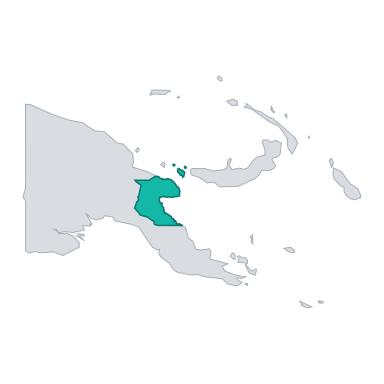 where Morobe sits in Papua New Guinea
{"feature_id": "PNG-1253", "entity_name": "Morobe", "entity_type": "Province", "adm_level": 1, "iso_a3": "PNG", "parent_name": "Papua New Guinea", "parent_adm1": "", "projection": "mercator", "projection_center": [147.281, -6.648], "detail": "fine", "context": "in_parent", "style": "filled", "palette": "teal", "viewbox_px": 384, "rotation_deg": 0, "n_neighbors": 0, "source": "natural_earth", "source_scale": "10m", "svg_char_len": 8026}
<svg xmlns="http://www.w3.org/2000/svg" viewBox="0 0 384 384"><path d="M25.6,250.8L25.6,200.7L23.0,197.0L25.6,188.1L25.5,104.2L30.3,104.6L53.2,114.8L68.8,120.1L82.3,122.6L94.8,131.0L104.0,131.5L117.6,143.2L123.2,144.0L132.8,153.9L133.4,161.8L132.3,166.9L147.1,171.7L161.2,178.5L168.9,179.2L173.1,181.6L178.4,187.4L179.4,195.2L176.3,196.6L163.1,196.6L159.4,199.1L164.7,211.4L176.7,222.6L185.7,227.8L188.3,238.0L192.9,241.2L195.9,249.2L200.5,250.1L209.6,248.8L211.1,252.2L209.8,257.3L211.1,259.4L227.8,263.7L222.2,266.4L224.8,271.1L235.7,275.1L242.5,276.6L246.6,276.1L241.8,278.5L237.6,277.8L236.8,278.5L238.5,280.5L242.1,282.6L238.4,285.3L234.8,285.7L228.0,283.9L222.1,278.8L203.8,276.6L197.5,274.3L192.5,275.1L177.6,272.4L172.8,268.8L169.6,263.4L160.8,256.9L158.8,253.7L159.6,249.4L157.2,250.1L152.2,247.0L138.8,227.2L132.0,224.4L115.1,221.0L112.6,217.1L104.7,215.7L102.9,218.2L96.5,220.0L91.0,218.1L85.6,213.2L92.0,224.2L89.7,224.1L90.8,225.8L89.6,226.1L82.5,225.5L84.6,230.0L73.0,232.5L64.4,231.6L60.2,232.7L58.5,232.6L56.3,229.2L53.1,229.9L55.8,229.9L59.1,233.8L66.4,233.2L73.4,236.2L79.3,242.7L79.1,247.2L63.0,255.5L53.6,251.9L40.0,252.9L35.2,251.5L29.1,253.1L25.6,250.8ZM268.3,140.3L271.6,142.5L275.0,140.1L281.4,143.0L280.2,153.8L278.1,156.8L272.7,157.9L272.0,159.5L275.6,165.9L274.1,168.1L269.4,170.5L261.5,170.3L259.4,174.6L255.1,178.5L238.2,186.3L219.8,186.9L213.8,182.1L207.4,183.0L198.9,177.3L191.8,175.0L190.4,172.9L190.5,170.1L192.5,168.4L205.2,168.7L213.2,171.0L223.8,169.6L226.8,167.9L227.9,161.0L229.6,158.1L231.4,159.4L229.2,164.8L231.7,169.6L239.2,168.2L244.0,169.3L247.7,167.9L253.1,160.4L257.3,156.9L265.0,155.2L264.9,149.7L262.2,142.1L263.3,139.9L268.3,140.3ZM361.0,195.8L360.0,198.3L359.5,197.5L355.6,199.8L351.2,199.0L347.2,196.6L344.2,192.2L344.0,187.3L339.8,185.1L334.1,178.8L333.0,174.6L333.5,167.8L341.6,171.8L350.0,183.6L357.9,188.9L361.0,195.8ZM297.7,143.3L292.3,154.1L288.9,149.7L287.6,146.6L287.3,138.3L278.6,126.0L269.7,121.9L251.5,109.1L244.3,107.1L246.1,106.5L246.1,103.4L255.0,110.1L260.6,111.7L268.0,116.8L273.1,118.6L295.1,137.8L297.7,143.3ZM152.7,90.0L169.9,90.4L170.2,91.9L168.0,92.0L165.1,94.6L154.8,93.9L150.3,95.2L150.0,93.4L151.6,92.8L151.4,90.9L152.7,90.0ZM239.4,255.9L242.6,257.8L245.2,257.6L247.3,259.7L247.6,263.2L246.5,264.0L245.7,262.9L237.4,262.2L239.0,260.2L237.4,256.2L239.4,255.9ZM237.4,105.4L231.3,105.3L226.7,101.2L232.7,99.2L237.2,101.1L237.4,105.4ZM251.8,271.2L255.7,269.0L256.6,269.8L255.1,275.2L249.1,272.9L245.0,264.2L251.8,271.2ZM283.9,248.3L290.5,247.3L293.7,249.7L294.6,250.5L294.0,252.8L288.5,251.8L283.9,248.3ZM299.3,300.9L311.8,306.9L307.1,307.9L303.2,306.3L302.7,304.8L301.2,305.3L302.0,304.3L299.3,300.9ZM183.4,176.4L177.9,171.9L178.2,168.9L184.0,171.6L183.4,176.4ZM235.3,259.3L233.7,259.4L230.1,256.3L232.3,252.8L234.8,254.1L235.3,259.3ZM331.6,167.6L329.2,160.3L331.3,158.2L333.4,162.7L331.6,167.6ZM164.4,167.5L160.6,164.7L163.4,162.1L165.1,163.5L164.4,167.5ZM222.3,80.5L220.2,81.1L217.4,78.7L218.2,76.1L221.4,77.8L222.3,80.5ZM139.2,149.8L137.0,152.4L135.4,150.4L138.0,147.5L139.2,149.8ZM252.6,234.9L252.8,243.7L251.0,241.9L251.8,238.3L250.1,237.3L252.6,234.9ZM80.8,237.2L84.5,240.8L75.5,235.0L80.8,237.2ZM84.0,236.3L79.1,234.9L78.1,233.8L83.9,234.3L84.0,236.3ZM323.4,301.8L323.1,303.0L319.9,303.3L317.7,301.5L319.8,301.9L319.4,300.6L323.4,301.8ZM286.7,113.9L286.8,117.9L284.5,115.1L286.7,113.9ZM274.6,111.8L273.6,112.8L271.3,110.1L271.8,109.5L274.6,111.8ZM247.7,283.6L247.4,285.4L245.2,284.5L245.5,283.4L247.7,283.6ZM272.6,108.7L270.9,109.2L271.2,106.4L272.6,108.7ZM179.1,96.1L179.3,98.1L176.9,97.6L179.1,96.1ZM309.6,136.3L309.3,138.1L308.0,137.5L309.6,136.3Z" fill="#d9dde1" stroke="#a8b0b8" stroke-width="1"/><path d="M155.8,176.2L155.9,176.6L156.2,176.7L156.6,176.6L157.0,176.5L157.5,176.4L157.9,176.5L158.3,176.6L158.6,176.6L158.9,176.8L159.1,177.1L159.3,177.5L159.4,177.9L160.6,178.6L160.8,178.7L161.0,178.7L161.2,178.8L161.4,178.9L161.6,178.9L161.9,178.6L162.1,178.6L162.3,178.7L162.5,178.9L162.8,179.4L163.0,179.6L163.4,179.4L165.5,179.6L165.9,179.6L166.2,179.4L166.4,179.1L166.6,178.9L166.9,178.8L167.1,178.8L167.7,179.1L167.8,179.1L168.0,178.9L168.4,178.9L169.5,179.3L170.5,179.5L170.9,179.6L171.2,179.9L171.4,180.2L171.5,180.2L171.8,180.3L171.9,180.5L172.0,180.7L172.0,180.8L172.2,181.0L172.8,181.2L174.4,182.7L175.0,183.8L175.2,184.0L175.5,184.3L175.8,184.8L175.9,185.4L176.2,185.7L176.7,186.5L178.4,187.3L178.9,187.9L179.0,188.2L179.0,188.4L178.9,188.6L178.9,188.8L179.1,189.1L179.3,189.4L179.5,189.6L179.6,190.2L179.8,190.8L179.9,191.1L179.8,191.3L179.7,191.4L179.6,191.6L179.7,191.9L179.5,192.2L179.5,192.5L179.6,192.9L179.7,193.4L179.6,193.5L179.3,193.7L179.2,193.8L179.3,194.0L179.5,194.2L179.6,195.9L177.8,196.5L173.9,196.7L173.7,196.8L173.3,197.2L173.1,197.3L172.8,197.3L172.6,197.2L172.4,197.1L172.1,197.2L171.7,197.3L170.2,196.8L169.7,196.9L168.8,197.1L168.3,197.2L164.8,197.0L164.5,197.0L164.4,196.8L164.2,196.6L163.7,196.4L163.4,196.3L162.3,196.4L162.0,196.5L161.4,196.9L161.1,197.0L160.3,197.0L159.9,197.0L159.6,197.2L159.6,197.7L159.2,198.6L159.1,199.2L159.2,200.2L159.3,201.3L159.5,201.8L160.2,202.7L160.7,203.2L160.9,203.5L161.0,203.6L161.3,203.6L161.5,203.6L161.8,203.3L162.1,203.2L162.0,203.5L161.9,203.7L161.8,203.9L161.7,204.1L161.8,204.4L162.0,204.7L162.1,205.0L162.0,205.3L161.9,205.9L161.9,206.1L162.0,206.2L163.1,207.1L163.4,207.3L163.6,207.7L163.7,208.1L163.6,209.2L163.7,209.5L163.9,209.8L163.7,210.0L163.7,210.4L163.9,210.8L164.0,211.5L164.4,212.3L164.5,212.5L164.8,212.6L164.8,212.8L164.7,213.0L164.7,213.3L164.8,213.3L165.1,213.4L165.2,213.6L165.3,213.8L165.6,213.8L166.1,213.4L166.3,213.5L166.5,213.7L166.4,213.8L167.7,214.2L168.4,214.5L168.7,215.0L168.9,215.4L169.2,215.4L169.4,215.4L169.7,215.5L169.9,215.6L170.1,215.8L170.4,216.0L170.2,216.2L170.3,216.3L170.6,216.3L170.8,216.3L171.3,216.8L171.6,217.1L171.7,217.3L171.7,218.2L171.9,218.4L173.1,218.6L173.4,218.7L173.6,219.1L173.6,219.7L173.7,220.1L174.0,220.5L174.2,220.8L174.0,221.3L175.1,221.1L174.9,220.9L174.7,220.7L174.6,220.2L175.3,220.7L175.7,221.2L176.1,221.8L176.2,223.3L176.4,223.6L176.7,223.9L177.1,224.1L177.5,224.1L178.2,223.9L178.6,223.9L178.8,224.0L179.1,224.2L179.3,224.0L179.5,223.9L179.8,223.9L180.1,224.0L181.1,224.8L181.6,225.0L182.1,225.1L182.3,225.4L182.3,225.5L160.3,225.4L160.0,225.6L159.9,225.6L159.7,225.6L159.0,225.6L158.7,225.5L158.5,225.4L157.7,225.1L157.4,225.0L157.0,225.0L156.4,225.1L156.0,225.0L155.8,224.9L155.3,224.6L155.1,224.5L154.9,224.5L154.7,224.5L154.5,224.3L154.3,223.8L154.2,223.4L154.2,223.0L154.3,222.2L154.1,221.8L153.9,221.5L152.1,220.3L147.3,217.0L140.8,215.2L140.2,215.0L139.9,214.6L139.3,213.7L138.8,212.8L134.6,208.2L135.6,205.2L135.8,204.8L135.9,204.5L136.5,202.5L136.6,202.2L136.8,201.9L137.1,201.6L138.0,200.8L138.2,200.6L138.4,200.2L138.5,199.8L138.5,199.4L138.2,198.6L138.2,198.2L138.1,197.8L137.9,197.5L137.9,197.2L138.0,196.7L138.5,196.2L138.8,195.9L138.9,195.5L140.9,185.9L140.9,185.4L140.8,185.1L140.6,184.8L137.7,182.9L137.3,182.7L137.3,182.4L137.2,182.0L136.7,182.3L136.3,182.0L136.0,181.7L135.7,181.3L135.4,180.5L135.1,180.2L148.8,180.3L155.7,176.2L155.8,176.2ZM183.9,171.5L184.4,172.0L184.6,172.6L184.3,174.6L183.8,175.7L183.7,176.3L183.5,176.2L183.4,176.2L183.4,176.3L183.4,176.6L183.4,176.8L183.1,176.7L183.0,176.8L182.8,176.9L182.6,177.1L182.5,176.8L182.4,176.1L182.3,175.7L182.1,175.5L181.9,175.4L181.2,175.2L180.5,175.2L180.2,175.0L179.9,174.6L179.7,174.0L179.6,173.8L178.7,173.1L178.5,172.8L178.0,172.0L177.7,171.6L177.6,171.4L177.6,171.2L177.7,170.6L177.6,169.6L177.7,169.2L177.9,169.0L178.5,168.9L178.8,168.6L178.9,168.8L179.0,168.8L179.3,168.8L179.7,169.0L180.2,169.6L180.5,169.8L180.8,170.0L181.7,170.2L182.3,170.4L182.8,170.7L183.9,171.5ZM185.1,166.3L185.7,166.6L186.1,167.3L186.1,167.9L185.5,168.3L184.9,168.1L184.5,167.5L184.6,166.8L185.1,166.3ZM174.0,164.3L174.4,164.3L174.6,164.6L174.7,164.8L174.9,165.1L174.7,165.4L174.5,165.6L173.9,166.0L173.4,165.4L173.1,165.4L173.1,165.2L173.0,164.8L173.3,164.5L173.7,164.3L174.0,164.3Z" fill="#14b8a6" stroke="#0f766e" stroke-width="1.5"/></svg>